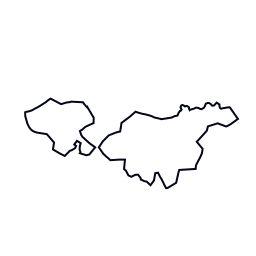 Emuoha, Rivers, Nigeria, rotated 286°
{"feature_id": "59680162B36304665045822", "entity_name": "Emuoha", "entity_type": "district", "adm_level": 2, "iso_a3": "NGA", "parent_name": "Nigeria", "parent_adm1": "Rivers", "projection": "orthographic", "projection_center": [6.794, 5.034], "detail": "fine", "context": "isolated", "style": "outline", "palette": "ink", "viewbox_px": 256, "rotation_deg": 286, "n_neighbors": 0, "source": "geoboundaries", "source_scale": "gbopen_adm2", "svg_char_len": 2268}
<svg xmlns="http://www.w3.org/2000/svg" viewBox="0 0 256 256"><g transform="rotate(286 128 128)"><path d="M175.9,220.2L175.8,219.5L174.9,217.4L173.1,213.7L172.2,212.1L172.7,210.8L174.0,210.0L175.8,209.4L176.8,206.2L173.2,204.4L172.7,202.6L173.9,200.8L174.3,199.0L174.1,197.8L172.8,196.1L170.1,195.9L168.4,195.4L166.3,193.4L166.3,191.4L166.7,190.4L166.3,187.7L164.8,186.1L162.7,182.7L162.2,182.4L163.4,181.3L164.6,181.0L165.3,179.3L165.3,178.0L164.4,176.8L164.9,175.5L165.0,175.4L165.1,174.2L164.6,173.2L163.4,172.8L162.3,172.8L160.7,174.3L159.8,174.3L159.0,173.8L158.6,173.1L156.9,172.6L156.0,172.4L153.5,172.1L153.0,171.1L152.4,169.7L150.2,167.3L148.7,164.2L146.8,160.1L145.7,157.7L145.7,155.9L145.6,154.5L145.4,150.6L145.9,147.4L145.8,146.8L146.0,146.2L145.9,140.7L145.6,137.9L145.6,134.2L145.6,132.4L145.8,130.8L139.3,126.6L131.0,120.3L128.1,120.8L122.5,121.4L120.5,117.9L115.6,111.5L108.3,107.5L101.4,105.3L96.2,111.6L96.0,112.3L94.5,115.0L93.3,117.8L92.2,119.9L92.8,121.6L93.9,124.7L95.2,128.3L96.8,133.8L87.5,135.5L86.4,137.8L82.6,141.4L82.3,142.8L82.1,144.7L85.0,147.9L85.9,150.4L83.6,153.7L81.9,154.7L82.0,155.0L81.4,158.2L81.6,160.8L79.2,165.4L82.5,166.6L84.7,167.4L92.1,166.7L93.3,169.2L90.0,172.2L87.8,174.6L86.4,175.9L84.3,177.8L83.6,178.3L80.7,181.2L81.2,182.5L88.6,189.4L98.6,188.8L101.8,188.8L107.3,204.3L110.9,203.6L120.0,205.5L123.1,205.9L123.3,206.0L124.8,205.9L127.3,205.7L128.6,205.4L133.7,197.9L147.0,204.5L151.6,204.4L154.3,208.5L157.2,212.9L156.5,221.7L156.8,222.4L158.4,224.1L160.3,225.9L166.3,230.6L167.0,231.2L175.9,220.2ZM100.4,101.8L102.5,95.7L106.9,86.7L108.5,84.9L111.9,82.6L113.6,84.3L115.5,85.5L117.5,86.8L123.2,93.5L128.3,92.3L137.0,83.1L136.6,83.0L138.0,80.7L140.3,77.5L137.6,65.9L136.9,65.2L135.7,62.1L134.3,59.9L132.9,57.8L132.5,57.1L134.9,45.5L133.0,43.8L130.2,41.9L126.8,38.9L126.3,38.5L123.8,36.2L120.7,32.9L119.3,31.6L118.2,30.4L116.3,27.5L115.6,25.9L114.8,24.8L111.0,26.0L104.3,30.2L101.3,33.0L99.7,35.3L99.1,36.8L98.7,38.2L98.5,41.6L98.6,42.4L99.7,51.7L97.1,55.7L93.7,60.9L86.7,61.8L84.8,69.2L83.7,74.9L90.2,78.5L91.2,80.1L94.1,82.7L96.5,83.0L97.3,80.9L101.6,82.5L100.4,86.7L97.1,86.7L96.6,86.9L94.0,87.4L91.5,89.0L90.5,88.7L90.3,95.4L91.2,96.9L91.8,98.1L100.4,101.8Z" fill="none" stroke="#020617" stroke-width="2"/></g></svg>